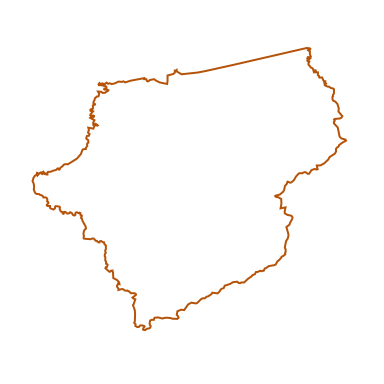 Tuy Duc, Đắk Nông, Vietnam (Robinson projection), rotated 85°
{"feature_id": "81297802B14510014839166", "entity_name": "Tuy Duc", "entity_type": "district", "adm_level": 2, "iso_a3": "VNM", "parent_name": "Vietnam", "parent_adm1": "Đắk Nông", "projection": "robinson", "projection_center": [107.388, 12.134], "detail": "fine", "context": "isolated", "style": "outline", "palette": "amber", "viewbox_px": 384, "rotation_deg": 85, "n_neighbors": 0, "source": "geoboundaries", "source_scale": "gbopen_adm2", "svg_char_len": 5936}
<svg xmlns="http://www.w3.org/2000/svg" viewBox="0 0 384 384"><g transform="rotate(85 192 192)"><path d="M167.1,349.9L169.8,349.0L172.7,348.8L176.0,349.4L179.3,348.3L180.4,347.0L180.8,344.4L181.8,343.4L182.1,342.2L183.3,340.8L184.5,340.5L184.6,338.2L185.4,337.2L187.3,336.7L188.7,337.2L189.6,336.1L190.3,336.0L191.0,336.4L192.1,337.8L192.8,337.8L193.4,337.0L193.6,334.7L195.1,334.9L196.0,334.4L197.4,331.4L196.4,330.0L194.9,329.7L194.2,329.1L194.9,325.6L195.6,324.9L197.6,325.3L200.0,324.4L200.7,322.9L202.1,322.6L202.6,322.1L202.4,321.6L200.7,321.0L200.9,319.8L202.7,318.1L202.4,316.0L201.6,315.5L201.6,314.9L202.5,313.6L204.7,312.4L205.2,311.3L204.8,310.3L202.9,310.0L202.2,309.2L202.2,308.3L203.2,307.0L202.8,305.9L203.2,305.1L204.5,305.2L205.7,304.1L206.0,304.7L207.0,304.0L208.2,304.8L208.8,304.1L211.9,303.3L217.0,301.0L219.2,300.8L220.5,302.5L221.9,303.2L224.6,303.8L226.0,303.5L228.3,304.0L229.1,303.6L230.2,297.2L229.6,295.3L229.9,293.8L232.2,292.2L232.4,290.9L233.3,290.5L234.2,289.0L234.2,288.6L233.0,288.0L232.9,286.8L234.3,285.1L234.5,284.0L236.5,283.7L237.6,282.5L238.2,282.5L241.5,282.8L243.1,283.7L245.1,283.2L246.1,284.1L248.1,284.6L249.4,284.0L252.6,284.4L254.0,283.6L255.9,283.9L256.6,282.7L257.2,282.4L259.3,283.3L259.4,284.4L260.4,284.9L264.3,281.2L264.2,280.4L263.3,279.4L263.3,278.2L263.9,278.4L264.8,277.7L270.9,277.9L273.2,274.3L275.4,272.6L276.3,272.4L277.4,272.3L276.8,273.6L278.0,274.0L278.2,274.6L278.7,274.8L279.9,274.9L282.1,273.6L283.2,273.8L282.6,270.6L282.8,269.2L284.2,267.5L284.6,266.6L284.6,264.8L285.4,264.1L285.5,263.3L287.5,261.8L287.8,258.5L288.2,257.4L289.0,256.7L289.7,256.9L292.0,260.5L293.3,259.2L294.0,257.8L298.8,260.0L299.5,260.7L304.6,259.3L308.3,259.3L315.7,260.2L317.3,261.0L318.5,259.8L320.5,260.1L321.7,258.4L321.8,256.7L320.4,255.2L320.5,253.4L321.4,251.2L322.0,251.0L323.1,252.1L324.6,252.8L325.1,252.4L325.5,250.7L324.3,248.9L324.1,246.4L323.5,245.5L322.0,244.8L320.5,245.6L319.2,245.7L316.4,244.9L315.8,243.2L316.0,241.1L314.6,240.7L314.0,240.1L314.0,236.7L315.5,232.3L315.1,230.9L315.0,228.4L315.7,224.2L316.5,222.7L317.1,217.6L316.1,216.3L314.2,216.9L313.1,217.9L309.5,216.9L308.3,212.9L309.0,210.1L303.7,205.7L302.2,202.3L303.3,198.0L303.1,196.6L299.3,192.0L298.9,190.9L299.0,188.5L297.6,186.7L297.4,185.1L295.5,181.6L294.1,180.6L295.2,175.3L293.2,172.9L291.7,172.0L291.1,171.1L290.4,168.7L288.2,167.6L286.9,162.0L285.4,159.0L285.3,154.7L286.7,153.5L286.9,152.9L286.9,151.8L286.4,150.8L286.7,148.0L283.5,144.0L281.2,140.0L280.0,138.9L279.4,136.5L277.3,135.3L277.4,133.8L276.4,131.0L277.0,130.1L276.6,128.8L276.8,127.5L274.5,126.1L274.3,125.1L272.5,121.9L272.1,116.7L271.5,114.9L268.4,112.9L267.7,111.5L265.2,108.8L264.3,108.4L263.7,106.7L262.2,104.5L261.1,104.7L260.2,104.1L257.5,103.7L255.5,104.4L249.2,102.6L246.7,100.7L243.9,99.7L242.2,99.7L235.1,101.0L233.0,97.7L231.6,97.2L227.4,94.4L226.1,94.1L225.0,94.5L224.1,95.5L223.2,98.8L221.4,101.4L219.5,101.4L215.5,100.2L216.0,105.2L211.8,104.0L206.8,103.7L204.8,106.4L204.0,109.1L203.3,109.5L202.9,108.8L202.2,104.7L199.7,101.2L198.0,100.0L194.1,98.9L192.1,96.8L190.1,96.0L190.0,95.8L191.3,93.4L191.0,92.0L189.0,89.4L185.7,87.1L182.9,84.1L182.6,82.8L183.0,80.8L182.2,78.9L182.0,77.9L182.4,76.8L183.9,75.2L184.0,73.7L180.9,71.3L180.4,70.6L179.8,67.7L180.5,65.7L180.3,64.9L176.5,65.4L176.7,61.8L175.0,57.8L171.4,53.3L169.2,51.9L166.2,46.3L164.2,45.0L161.6,44.8L160.4,43.8L159.5,42.0L158.2,41.5L156.0,38.0L154.3,34.1L153.2,34.5L151.7,38.5L149.8,40.1L140.4,41.2L136.0,44.6L134.7,44.6L133.6,43.6L132.2,44.2L131.7,43.5L131.6,37.9L130.8,36.5L129.6,35.6L124.6,39.1L121.4,38.5L116.9,39.5L114.4,41.4L113.3,43.4L112.0,43.9L109.7,43.9L108.8,43.1L107.8,43.2L106.1,42.0L102.0,41.6L101.3,42.2L100.5,44.6L99.0,46.4L98.8,47.8L97.4,50.2L95.7,49.0L95.3,49.5L95.5,50.6L94.9,50.7L93.9,49.6L93.3,49.5L93.0,51.1L89.2,52.5L89.2,54.9L88.9,55.3L87.5,55.3L87.1,56.0L86.4,56.4L83.8,56.1L83.5,59.2L82.4,58.1L81.6,58.2L81.5,59.0L82.2,60.3L80.0,60.7L78.9,61.6L78.3,62.9L76.9,63.5L75.6,64.7L74.4,64.9L72.2,63.7L71.8,64.3L71.8,65.4L71.0,65.6L69.4,62.9L69.0,63.6L69.4,65.4L68.8,65.5L67.7,64.7L68.3,62.4L67.6,61.8L65.0,62.6L62.4,62.3L61.0,63.8L60.4,61.9L59.8,61.6L58.9,62.6L59.0,64.6L58.5,64.9L68.9,139.2L72.8,169.0L73.5,176.3L73.8,192.1L70.6,196.7L69.2,196.7L69.6,197.2L69.5,198.6L71.6,198.7L72.8,200.4L73.8,206.2L79.4,206.7L82.2,207.4L80.0,214.7L77.7,218.4L76.3,219.9L76.8,224.3L77.8,225.5L77.9,226.5L77.5,227.2L75.7,227.6L75.4,229.8L74.4,229.6L75.8,243.6L77.0,249.0L75.8,250.7L76.2,252.4L75.6,255.6L77.0,259.2L77.5,262.5L76.5,264.5L76.9,266.1L75.6,267.6L76.8,269.3L76.0,272.2L76.6,273.7L75.4,274.7L76.5,275.7L77.4,275.5L77.6,273.4L79.2,268.5L79.9,268.1L81.1,268.3L81.4,268.9L81.3,270.3L82.0,270.6L82.4,270.0L82.5,267.7L83.3,266.4L83.8,266.7L85.6,270.2L85.5,272.4L84.3,273.6L83.7,276.9L86.0,275.9L88.2,276.6L88.6,277.0L88.6,278.4L90.0,280.4L92.1,281.2L93.3,282.1L95.1,282.5L95.8,282.3L95.9,281.1L96.4,281.0L97.2,283.3L99.8,283.3L100.9,283.9L100.6,285.3L101.5,286.2L102.3,286.0L103.1,283.6L105.7,286.3L106.8,286.7L107.2,286.3L107.2,283.6L107.6,283.0L108.5,283.2L108.9,284.0L109.0,286.6L109.3,287.0L112.0,282.9L114.3,284.4L116.5,284.5L116.7,284.0L115.8,282.9L115.6,282.1L117.4,280.1L117.7,280.6L116.9,281.9L117.3,282.9L118.8,284.1L120.3,284.7L118.9,289.7L121.6,289.3L123.2,290.3L123.9,290.3L125.4,289.0L127.0,289.8L127.0,291.7L128.4,292.5L129.7,292.6L131.2,290.9L133.8,290.9L134.4,292.0L135.2,292.4L136.9,292.3L139.0,294.0L139.9,294.0L139.9,296.5L140.3,297.3L144.5,299.4L148.7,303.7L153.6,313.3L153.2,315.7L153.6,317.3L155.1,318.9L156.5,321.1L158.2,322.1L158.0,322.7L156.8,323.4L156.8,323.9L158.2,325.5L158.7,328.7L159.5,330.9L159.4,333.7L160.6,334.8L161.5,334.3L162.0,334.5L161.4,336.9L160.2,337.2L160.9,338.9L160.2,338.9L159.6,338.3L158.9,338.4L159.3,339.4L160.7,340.1L160.5,340.5L159.4,340.9L159.6,341.8L161.9,344.3L159.5,344.3L159.4,344.8L161.1,345.1L162.1,347.1L164.4,348.9L165.5,349.1L167.1,349.9Z" fill="none" stroke="#b45309" stroke-width="2"/></g></svg>